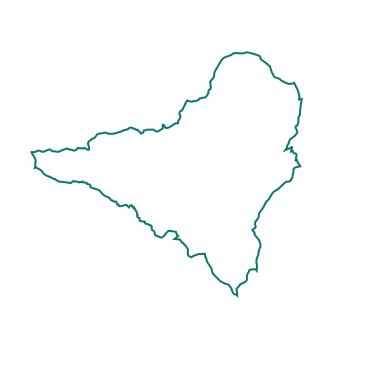 Toplita, Harghita, Romania, rotated 68°
{"feature_id": "2599482B58204305263663", "entity_name": "Toplita", "entity_type": "district", "adm_level": 2, "iso_a3": "ROU", "parent_name": "Romania", "parent_adm1": "Harghita", "projection": "equal_earth", "projection_center": [25.313, 46.98], "detail": "fine", "context": "isolated", "style": "outline", "palette": "teal", "viewbox_px": 384, "rotation_deg": 68, "n_neighbors": 0, "source": "geoboundaries", "source_scale": "gbopen_adm2", "svg_char_len": 5980}
<svg xmlns="http://www.w3.org/2000/svg" viewBox="0 0 384 384"><g transform="rotate(68 192 192)"><path d="M110.7,328.6L110.6,327.9L111.1,327.0L112.3,326.4L113.5,325.2L115.1,324.0L117.0,323.3L119.7,322.6L121.7,321.2L123.0,320.2L123.4,319.5L124.2,318.8L125.2,317.6L128.1,315.2L128.7,314.0L129.6,313.8L132.7,311.2L133.4,309.6L136.5,304.0L138.3,301.3L137.5,298.3L137.5,298.0L137.9,297.6L138.5,296.2L139.8,294.1L140.8,293.1L140.7,292.1L141.3,291.1L141.3,289.5L142.4,289.3L142.5,288.8L143.0,287.8L144.3,286.2L145.4,286.2L146.6,284.1L147.9,283.8L149.6,284.3L153.6,279.7L154.9,277.9L156.5,277.0L160.7,275.7L163.0,274.1L166.7,270.7L169.2,270.1L169.6,269.8L169.7,269.3L169.9,269.1L171.2,268.4L172.2,266.9L172.4,266.0L175.8,265.9L175.9,264.9L177.2,265.0L178.0,264.6L178.6,262.8L178.9,260.3L179.1,258.8L179.5,257.6L182.7,256.2L181.3,254.4L181.9,252.8L182.4,252.6L183.3,252.9L183.6,252.6L184.2,251.7L185.1,252.1L185.2,251.6L185.5,251.7L185.5,251.4L190.3,250.8L191.7,250.9L193.0,251.6L193.4,251.3L193.8,251.8L194.8,252.0L195.5,251.6L196.4,250.4L198.9,251.3L199.6,250.6L201.4,248.1L201.4,247.7L201.6,247.1L201.9,247.0L202.0,247.2L203.7,247.1L204.0,246.8L205.4,244.9L206.9,243.5L207.2,243.5L207.4,242.8L208.0,242.4L209.0,242.3L210.2,242.9L212.4,243.2L213.5,242.2L214.1,241.9L218.5,242.2L219.3,241.3L219.4,240.8L220.4,240.3L220.5,239.8L222.0,238.6L222.8,237.4L222.9,236.4L222.4,234.8L220.2,230.9L219.3,228.7L219.8,227.2L219.7,226.5L221.0,225.2L221.7,223.6L222.4,222.9L222.8,221.9L226.7,222.0L227.5,221.3L228.0,222.2L228.4,224.0L228.8,224.7L229.1,225.8L230.6,222.7L230.9,222.4L231.1,221.6L232.0,220.8L232.9,220.5L234.4,220.5L235.4,220.1L235.7,219.5L236.2,219.2L237.1,219.1L240.3,217.7L241.9,217.6L243.1,217.3L244.1,217.3L247.4,219.1L248.7,219.2L249.9,219.1L252.3,217.1L251.8,214.6L252.0,209.0L253.2,206.3L254.0,203.2L256.3,203.8L258.5,203.9L259.8,203.7L261.1,204.1L262.1,204.2L270.7,202.5L272.0,203.0L274.3,203.2L275.7,203.1L283.2,200.1L286.0,198.6L289.1,195.9L291.7,192.8L295.3,191.8L296.6,191.6L299.6,191.9L302.3,191.4L303.0,190.6L303.5,189.6L305.0,188.9L302.2,187.9L301.1,187.7L298.5,187.0L297.8,185.8L296.6,182.9L295.7,182.2L295.8,182.0L295.4,178.6L295.5,176.8L294.4,174.4L294.0,174.0L290.9,172.8L289.3,171.8L287.8,170.1L287.5,169.3L286.1,168.4L285.8,167.4L285.9,166.7L286.9,163.3L287.4,162.4L288.3,161.8L289.2,161.5L285.0,159.4L281.8,158.8L278.5,157.3L277.1,156.2L275.5,154.4L272.0,152.4L270.8,151.3L270.5,151.2L269.1,150.0L268.8,149.4L267.1,148.4L261.9,147.8L256.8,149.4L254.5,149.8L252.9,149.2L252.4,149.6L249.8,150.3L249.3,148.7L248.9,147.0L248.1,145.9L245.6,145.8L243.0,144.2L242.9,143.2L241.8,141.9L240.8,139.9L237.8,138.3L236.9,137.6L235.3,135.3L233.0,131.6L228.8,126.9L227.5,123.3L225.8,121.4L223.1,117.6L222.2,115.5L222.2,114.4L221.8,113.0L221.8,111.8L217.8,101.3L218.3,99.0L218.7,98.2L218.6,97.3L218.7,96.6L218.1,95.9L217.4,95.5L217.3,95.0L216.3,93.9L216.3,93.6L213.9,92.2L213.5,92.1L213.0,91.5L212.1,90.8L210.2,90.0L208.4,88.8L208.1,88.0L208.0,86.8L208.4,83.5L208.8,82.1L208.7,81.9L205.3,82.7L203.1,83.0L201.7,82.7L201.4,84.1L196.9,81.2L195.6,81.2L193.6,83.4L191.4,83.3L191.5,85.0L187.2,82.0L187.9,83.1L188.1,89.7L186.9,87.7L184.8,86.4L183.9,85.4L183.3,84.2L182.1,83.5L180.6,82.1L179.8,80.9L179.1,78.1L178.3,75.3L176.3,72.0L175.7,71.8L170.8,71.8L170.0,71.1L169.4,69.1L168.3,68.0L166.4,66.8L163.1,65.6L162.4,65.0L161.7,63.8L160.9,63.2L151.5,58.3L146.9,55.4L146.4,58.1L145.8,58.1L145.3,57.5L142.8,56.2L140.9,56.2L136.7,55.7L134.7,56.0L129.0,56.4L129.2,57.3L129.1,58.6L128.6,59.4L128.5,60.9L128.0,61.8L126.1,64.0L122.3,67.3L120.4,68.2L119.5,68.9L118.3,70.1L116.9,71.9L116.1,72.5L115.0,72.9L113.4,72.8L111.1,73.2L104.6,72.7L98.6,76.0L95.0,78.3L94.0,78.4L92.7,78.1L91.3,78.3L90.0,79.6L86.1,84.3L83.3,88.3L82.9,89.4L82.6,92.7L82.1,94.2L79.4,99.7L79.0,101.0L79.0,101.8L79.7,104.9L79.4,110.5L79.8,113.3L80.5,114.8L81.5,116.3L82.2,117.1L85.1,121.0L86.5,122.5L87.3,123.8L88.6,125.3L90.6,127.2L92.0,127.6L92.9,128.2L94.7,130.1L96.1,133.3L97.0,134.1L97.7,134.1L100.8,135.2L101.9,135.2L102.5,135.5L103.2,136.2L103.6,136.8L103.8,138.1L104.7,139.0L106.5,139.8L108.5,142.5L109.0,143.3L109.2,144.3L109.1,145.3L108.7,146.4L108.5,148.6L108.1,150.2L108.9,150.9L109.1,151.3L109.0,154.4L108.3,157.0L108.3,158.0L107.9,159.0L105.4,162.3L107.3,164.9L108.8,166.1L109.9,167.6L112.5,170.5L112.7,171.0L112.5,171.8L112.8,172.5L113.5,173.5L114.9,174.5L115.7,174.6L117.1,174.2L117.5,174.3L119.3,175.7L119.7,176.3L120.1,177.1L121.8,178.8L123.1,179.3L122.3,180.9L122.2,182.3L122.6,183.4L122.5,184.1L123.0,185.4L123.0,186.3L123.3,187.4L123.5,189.1L123.3,191.6L122.3,192.7L120.1,192.9L119.0,193.4L118.7,193.8L119.3,194.3L121.9,195.2L122.5,196.7L122.5,197.5L122.7,198.2L122.7,199.0L123.1,200.9L122.6,202.1L121.8,203.1L120.1,204.1L119.7,204.5L119.1,205.6L118.4,208.0L117.9,208.9L117.3,211.1L117.3,212.2L117.1,213.0L117.1,213.7L117.4,214.1L118.3,214.6L118.5,215.0L118.7,215.4L118.8,217.4L117.0,217.9L115.4,218.8L113.8,219.1L113.7,219.6L113.9,219.8L113.1,220.8L111.9,221.6L111.8,222.0L110.8,222.7L110.8,223.0L109.8,223.9L109.3,224.8L109.1,226.3L109.4,227.3L109.9,228.1L109.9,228.4L109.5,229.0L109.6,230.6L109.0,232.0L109.5,234.0L109.3,235.0L109.3,237.4L109.0,238.6L108.8,242.1L108.4,242.9L108.3,243.9L107.1,246.4L106.7,248.0L105.1,249.0L104.3,250.6L103.9,253.5L102.9,257.1L103.2,258.6L104.7,260.9L105.3,262.4L105.5,265.6L105.6,266.0L106.1,266.7L106.2,268.0L106.6,268.9L107.4,269.8L108.4,270.4L112.7,270.8L114.1,271.8L114.2,272.1L113.3,273.3L111.1,274.9L110.9,275.2L110.8,276.9L110.4,277.3L109.9,278.8L109.3,279.7L109.1,280.5L108.3,281.3L109.5,283.4L109.7,284.7L109.0,286.5L106.8,289.0L106.5,290.2L104.8,291.7L104.8,293.5L104.5,295.7L104.7,297.8L104.7,300.0L104.6,301.0L104.2,301.9L102.7,304.4L102.4,305.3L102.1,305.9L101.6,306.4L99.8,307.3L99.2,308.1L98.9,309.7L99.2,314.2L98.2,316.3L96.6,317.9L96.3,318.5L95.8,320.3L96.2,322.0L96.0,323.2L95.6,324.4L94.8,325.6L94.9,325.9L96.6,325.9L97.7,325.8L99.2,325.3L102.7,325.0L104.4,325.2L106.7,326.6L108.6,327.2L110.7,328.6Z" fill="none" stroke="#0f766e" stroke-width="2"/></g></svg>